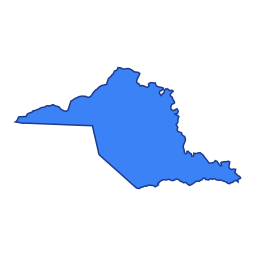 the district of Sítio do Quinto, Bahia, Brazil
{"feature_id": "56859067B85843569358413", "entity_name": "Sítio do Quinto", "entity_type": "district", "adm_level": 2, "iso_a3": "BRA", "parent_name": "Brazil", "parent_adm1": "Bahia", "projection": "albers", "projection_center": [-38.119, -10.319], "detail": "fine", "context": "isolated", "style": "filled", "palette": "blue", "viewbox_px": 256, "rotation_deg": 0, "n_neighbors": 0, "source": "geoboundaries", "source_scale": "gbopen_adm2", "svg_char_len": 3755}
<svg xmlns="http://www.w3.org/2000/svg" viewBox="0 0 256 256"><path d="M238.1,181.9L237.9,179.9L239.1,178.9L240.6,178.2L239.7,176.4L237.9,175.7L236.4,174.0L234.7,172.6L235.4,170.8L235.6,169.3L233.4,169.1L231.6,169.5L230.1,168.9L229.0,167.6L229.0,166.1L229.5,163.7L229.7,161.9L228.5,161.2L226.4,161.7L224.4,161.7L222.2,162.0L220.8,162.8L221.3,164.4L221.5,165.7L220.2,165.8L218.9,164.1L217.9,162.5L216.9,161.3L215.3,160.6L213.8,162.4L211.4,163.0L209.1,163.1L207.1,160.4L205.9,158.9L204.3,156.8L203.1,155.0L201.6,153.9L200.1,152.6L198.0,153.0L196.2,153.6L193.8,153.2L193.5,154.5L193.5,156.0L191.9,156.4L191.4,155.2L191.2,153.7L189.4,152.8L188.2,151.3L186.9,151.4L187.0,153.0L185.5,153.8L184.4,152.5L184.2,150.2L183.4,147.9L183.2,146.5L183.7,144.5L184.3,143.2L184.9,141.6L185.5,139.7L185.3,138.4L184.6,136.5L183.3,135.8L182.2,135.0L181.5,132.8L179.5,132.1L177.6,131.2L177.2,129.2L177.8,127.5L177.2,126.2L176.1,124.5L177.6,122.7L177.9,121.3L177.9,119.7L178.2,118.1L178.9,116.5L177.7,115.6L176.2,114.9L175.0,114.1L177.5,113.4L178.2,111.3L177.7,109.8L176.9,108.8L175.0,109.8L173.4,110.6L172.0,110.1L171.1,109.2L170.8,107.8L171.0,106.2L171.8,104.4L173.1,103.8L174.5,103.0L174.4,101.6L173.3,100.1L172.5,98.1L171.7,96.6L170.5,96.0L170.2,94.4L171.5,92.8L173.2,91.2L172.2,90.3L171.0,90.5L169.4,90.4L167.8,89.0L165.9,88.8L164.5,89.8L164.3,91.4L164.0,92.9L162.5,93.8L161.2,95.6L159.9,94.0L159.2,92.6L159.7,91.4L161.3,90.5L163.1,89.5L163.2,88.1L161.4,87.4L159.6,87.1L157.9,86.6L156.3,85.9L155.7,84.7L155.4,83.0L153.3,83.0L151.9,82.6L150.3,82.7L148.4,84.0L149.2,85.5L148.1,86.8L147.0,87.4L145.6,86.8L144.4,86.2L143.2,85.7L141.9,85.5L140.1,86.0L139.2,84.1L138.0,83.3L136.6,82.6L136.7,81.2L137.1,79.3L138.1,77.3L139.1,75.3L139.8,73.4L138.0,72.3L135.7,72.1L133.8,71.6L132.7,70.5L131.2,69.7L129.6,68.8L128.2,68.5L126.4,68.7L124.4,69.0L122.6,69.0L121.2,68.0L119.4,67.7L118.0,67.5L117.4,69.3L116.2,70.5L114.5,71.0L113.7,72.6L113.1,74.1L111.7,75.1L111.1,76.2L110.0,77.2L108.6,78.3L107.7,80.6L107.1,82.5L106.6,84.3L105.0,84.7L103.6,85.1L102.0,85.5L100.5,86.1L98.9,87.2L97.8,88.5L96.3,89.7L94.9,90.6L93.9,91.9L93.1,92.8L92.5,93.9L91.8,95.1L90.8,96.2L89.5,97.1L87.9,97.4L86.8,96.9L85.6,96.3L84.0,96.3L82.3,96.1L80.6,96.3L78.9,96.7L76.9,97.7L75.0,98.5L73.8,99.3L72.4,100.3L70.9,101.1L70.5,102.4L70.1,103.6L69.7,104.8L69.3,106.1L68.9,107.3L68.5,108.7L67.5,110.7L66.0,111.1L64.3,111.0L62.7,110.2L61.4,109.5L60.3,108.7L59.4,107.2L57.7,106.4L56.1,106.1L54.7,105.6L53.6,104.8L52.1,104.8L50.6,105.9L49.1,105.8L47.5,105.7L45.9,106.2L44.4,107.2L42.2,107.4L40.0,108.2L38.5,109.2L37.0,109.7L35.0,110.6L33.2,110.7L32.1,112.0L30.8,112.6L29.1,113.1L27.5,114.0L26.6,115.3L26.1,116.5L18.9,116.8L18.0,118.2L17.5,119.6L16.8,120.9L15.4,121.9L21.1,122.9L22.6,123.2L27.5,123.2L63.1,124.6L67.3,124.8L89.0,125.6L92.4,125.7L97.9,149.5L98.5,152.5L99.1,154.7L109.5,164.0L119.8,173.1L129.1,181.5L132.6,184.6L135.1,186.8L136.5,188.0L138.0,188.3L139.5,188.5L140.9,187.4L143.0,186.9L144.7,186.0L146.8,186.2L148.4,185.1L150.3,185.3L152.5,185.4L154.1,186.0L155.2,186.8L156.6,186.0L158.4,184.9L157.9,183.3L159.3,182.6L159.9,181.5L161.1,180.7L163.0,179.9L164.4,179.7L165.6,180.0L166.9,179.8L168.5,179.2L170.2,179.9L171.6,180.5L173.0,180.6L174.5,180.1L175.8,179.1L177.5,179.1L179.0,180.0L180.4,181.3L181.8,181.7L183.7,182.8L185.7,182.4L186.7,183.2L188.0,184.6L189.8,185.4L191.4,184.5L193.1,183.6L194.4,182.5L196.0,181.4L197.7,181.0L199.3,181.3L200.7,180.2L201.9,179.9L203.0,178.3L204.9,178.3L205.5,179.5L207.1,179.7L208.7,180.0L210.1,178.7L212.3,179.3L214.3,178.6L216.0,179.6L217.2,180.0L218.7,180.3L220.3,180.1L221.9,180.4L223.4,181.1L225.0,181.5L226.2,182.1L227.8,183.3L229.7,183.7L230.5,182.7L231.7,182.7L233.2,182.0L234.3,180.9L236.2,180.5L238.1,181.9Z" fill="#3b82f6" stroke="#1e3a8a" stroke-width="1.5"/></svg>